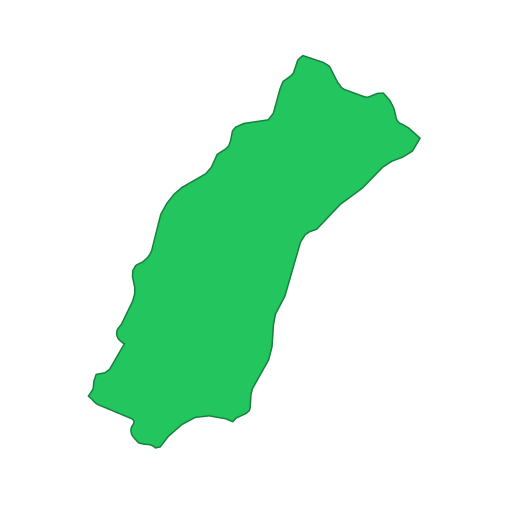 SVG path tracing the border of Reggio Emilia, rotated 189°
{"feature_id": "ITA-5359", "entity_name": "Reggio Emilia", "entity_type": "Province", "adm_level": 1, "iso_a3": "ITA", "parent_name": "Italy", "parent_adm1": "", "projection": "orthographic", "projection_center": [10.582, 44.607], "detail": "fine", "context": "isolated", "style": "filled", "palette": "green", "viewbox_px": 512, "rotation_deg": 189, "n_neighbors": 0, "source": "natural_earth", "source_scale": "10m", "svg_char_len": 1588}
<svg xmlns="http://www.w3.org/2000/svg" viewBox="0 0 512 512"><g transform="rotate(189 256 256)"><path d="M112.4,398.0L117.9,384.1L126.7,376.5L136.5,371.0L144.7,363.6L161.5,339.8L180.8,320.2L200.2,292.0L207.1,288.2L210.8,284.6L214.2,276.8L221.2,220.8L227.7,201.5L228.0,190.9L226.0,168.8L227.3,155.3L238.8,124.3L239.3,118.0L238.1,106.3L238.3,102.4L241.1,99.0L250.2,92.9L253.0,88.7L253.8,88.9L260.5,90.5L277.3,90.8L290.8,87.1L302.8,78.0L314.4,64.1L320.8,52.4L325.4,50.7L326.7,51.7L328.9,52.5L332.0,53.0L337.7,52.6L342.4,53.0L343.6,53.7L348.9,58.1L350.0,59.3L351.1,60.7L351.8,62.5L352.3,64.3L352.4,66.3L352.0,68.1L351.2,69.8L350.7,71.5L350.5,73.3L351.4,74.6L352.8,75.7L388.9,84.5L391.3,85.6L394.3,87.7L395.6,88.8L399.6,91.4L396.1,99.1L396.5,107.5L395.3,114.1L387.0,117.0L382.9,121.1L372.2,148.8L373.2,148.9L378.2,151.9L379.7,153.5L380.9,155.6L381.6,157.9L381.6,160.7L381.0,162.6L378.2,167.6L370.8,192.0L369.9,199.4L370.8,205.9L374.8,216.4L375.4,222.1L373.4,227.5L371.9,229.0L366.9,232.4L362.6,237.9L361.0,241.3L359.9,245.1L356.6,282.2L352.2,294.2L346.6,304.2L339.6,312.4L318.6,329.3L314.0,336.5L310.2,350.4L303.2,356.5L300.2,360.4L299.2,365.4L298.8,375.7L296.4,380.0L288.8,385.0L265.2,392.4L261.2,399.7L258.4,424.8L256.6,432.6L249.9,439.2L247.7,442.4L245.4,455.9L243.6,458.5L241.0,461.3L219.9,457.7L213.7,455.2L212.5,454.0L202.6,440.4L198.0,435.8L194.8,434.3L173.8,430.2L170.6,430.2L161.3,435.7L157.5,436.4L155.7,436.8L148.1,430.6L143.7,424.5L142.5,422.5L138.6,413.0L136.7,410.8L134.6,409.5L132.5,409.1L125.2,406.3L112.4,398.0Z" fill="#22c55e" stroke="#15803d" stroke-width="1.5"/></g></svg>